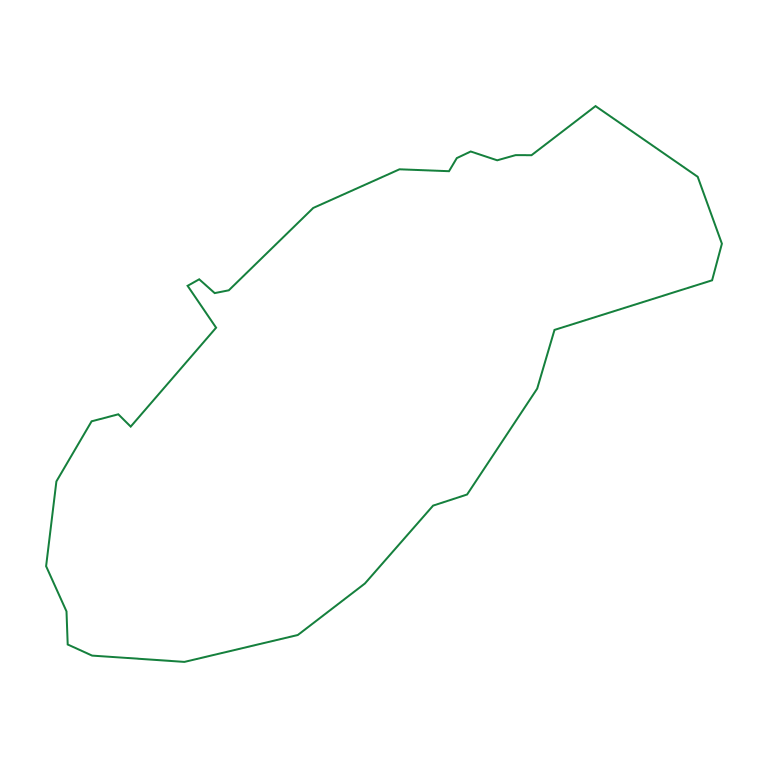 Fais, Yap, Federated States of Micronesia
{"feature_id": "79324940B24312539881249", "entity_name": "Fais", "entity_type": "district", "adm_level": 2, "iso_a3": "FSM", "parent_name": "Federated States of Micronesia", "parent_adm1": "Yap", "projection": "mercator", "projection_center": [140.518, 9.763], "detail": "fine", "context": "isolated", "style": "outline", "palette": "green", "viewbox_px": 768, "rotation_deg": 0, "n_neighbors": 0, "source": "geoboundaries", "source_scale": "gbopen_adm2", "svg_char_len": 517}
<svg xmlns="http://www.w3.org/2000/svg" viewBox="0 0 768 768"><path d="M187.6,285.8L216.1,327.7L130.7,426.6L118.3,414.3L91.6,421.3L56.4,481.4L46.1,566.2L66.5,611.4L67.7,644.5L92.1,655.6L184.4,661.9L297.8,635.0L364.9,583.5L433.1,505.6L467.1,494.5L537.2,388.6L554.5,329.9L712.1,280.3L721.9,243.7L697.7,176.8L595.5,106.1L531.5,155.2L515.7,155.1L497.2,160.3L470.7,151.5L456.8,158.1L449.0,171.2L399.5,169.3L313.3,207.9L228.8,290.3L214.7,293.1L199.2,279.3L187.6,285.8Z" fill="none" stroke="#15803d" stroke-width="2"/></svg>